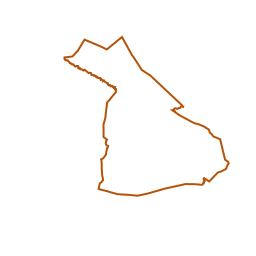 Santa Catarina Tayata, Oaxaca, Mexico, rotated 319°
{"feature_id": "50627088B92542152124342", "entity_name": "Santa Catarina Tayata", "entity_type": "district", "adm_level": 2, "iso_a3": "MEX", "parent_name": "Mexico", "parent_adm1": "Oaxaca", "projection": "albers", "projection_center": [-97.553, 17.341], "detail": "fine", "context": "isolated", "style": "outline", "palette": "amber", "viewbox_px": 256, "rotation_deg": 319, "n_neighbors": 0, "source": "geoboundaries", "source_scale": "gbopen_adm2", "svg_char_len": 3423}
<svg xmlns="http://www.w3.org/2000/svg" viewBox="0 0 256 256"><g transform="rotate(319 128 128)"><path d="M183.2,55.4L163.5,54.8L161.1,49.0L153.2,32.8L151.6,33.3L150.2,33.7L147.0,34.8L143.9,35.8L143.2,36.0L142.6,36.2L140.6,36.8L138.4,37.0L137.5,37.1L136.6,37.2L134.8,37.4L132.9,37.5L130.7,36.0L128.4,34.5L126.7,33.3L126.4,33.1L125.8,33.6L125.6,34.0L125.2,34.7L125.2,35.0L125.5,35.1L125.7,35.4L125.6,35.7L125.7,36.5L125.9,36.6L126.2,36.6L126.5,36.9L126.9,37.5L126.9,37.9L126.7,38.4L126.8,38.9L127.0,39.7L126.9,40.2L126.6,40.8L126.9,41.3L127.3,41.6L127.4,41.8L127.3,42.1L127.3,43.0L128.2,43.6L128.4,44.0L128.2,44.7L128.5,45.3L128.3,46.4L128.7,47.1L128.9,47.0L129.2,47.4L129.9,47.5L130.5,48.1L130.9,48.3L130.9,48.6L130.6,48.9L129.8,50.1L130.0,50.9L130.9,50.9L131.0,51.4L130.4,51.9L130.8,52.6L131.5,53.2L131.8,53.9L131.7,54.7L132.2,55.5L133.1,55.3L133.4,55.5L133.6,56.0L133.6,56.6L133.9,57.7L134.0,58.5L134.0,58.9L134.2,59.7L134.2,60.3L134.3,60.7L134.6,60.7L134.8,61.1L135.8,61.6L136.1,62.1L136.0,62.7L135.6,63.4L135.2,64.0L135.4,64.3L135.7,64.4L136.6,65.4L136.7,65.6L136.6,66.3L137.3,66.3L137.5,67.0L137.4,68.0L137.9,68.0L138.1,68.6L137.8,69.5L138.4,69.6L138.7,70.9L138.6,71.0L139.1,71.5L139.6,71.8L139.9,72.1L139.9,73.0L139.2,73.1L138.9,73.8L139.7,74.2L140.1,74.6L140.3,75.1L139.9,75.7L139.8,76.2L140.6,76.1L141.0,76.3L140.8,76.9L141.0,77.4L141.0,78.4L141.1,78.6L141.2,79.0L141.4,79.8L142.1,80.7L142.2,81.1L141.9,81.3L141.5,81.4L141.3,83.1L141.6,83.5L142.4,83.5L142.6,83.7L142.6,83.9L142.5,85.4L143.2,85.4L143.5,85.5L143.7,86.5L143.5,87.1L144.1,87.5L144.6,87.7L145.1,88.5L143.6,88.9L144.0,89.7L144.5,90.4L144.3,91.0L143.6,91.0L143.7,91.5L143.1,92.1L142.7,92.7L142.4,93.0L136.5,93.9L132.2,94.7L129.1,95.0L126.4,97.4L123.8,99.7L117.4,105.6L115.9,106.6L112.0,109.1L111.0,110.2L108.3,113.4L103.7,118.7L103.6,118.9L104.5,122.9L103.2,123.2L102.6,124.0L101.3,124.7L100.6,126.2L100.5,126.9L101.2,128.5L100.0,129.3L98.8,129.6L95.1,132.5L94.1,133.5L91.8,134.1L91.3,134.2L89.8,134.5L88.9,134.5L87.1,134.0L86.8,134.8L85.4,136.8L81.5,141.5L77.4,146.9L75.6,150.1L75.5,150.4L74.9,151.0L73.5,151.1L72.9,151.5L71.1,151.3L70.2,151.4L69.6,151.8L68.6,152.7L68.1,153.0L65.8,154.8L67.8,157.7L71.1,162.4L72.7,165.1L74.1,167.1L76.1,170.2L76.5,170.8L77.7,172.1L78.8,173.2L84.7,178.9L87.5,182.0L90.4,184.9L90.9,185.4L97.6,189.2L101.9,191.4L104.0,192.3L111.6,195.9L116.2,198.0L126.6,203.7L134.6,208.0L138.0,211.1L140.9,213.6L146.7,219.5L147.4,219.6L149.7,218.3L149.7,218.8L150.2,218.4L151.0,218.4L151.7,216.9L151.6,216.1L152.3,215.7L152.6,215.7L152.8,216.6L154.2,221.6L156.5,221.4L159.0,221.2L165.9,220.6L167.3,220.7L169.4,221.8L174.3,223.0L174.9,223.2L175.3,222.9L176.0,222.9L176.3,222.7L176.9,222.2L178.2,221.7L179.6,221.0L180.7,220.8L181.4,219.2L181.0,217.8L180.5,215.5L190.2,196.9L187.0,190.7L186.9,189.9L187.2,187.9L186.8,185.2L188.0,182.1L187.0,179.3L186.8,178.1L186.0,176.1L183.8,171.6L181.3,168.0L180.7,166.6L179.8,164.3L176.5,155.5L175.6,153.1L175.1,151.4L174.5,149.1L173.2,144.0L174.2,144.8L174.1,144.1L174.3,144.2L174.6,144.1L175.1,144.0L175.3,143.9L175.7,143.8L176.0,143.8L176.4,144.0L176.8,144.3L177.1,144.6L177.3,145.1L177.5,145.6L177.7,145.8L178.0,146.0L178.6,146.1L179.3,146.1L179.8,146.5L180.1,146.7L180.5,146.8L180.8,147.0L181.2,146.9L182.0,146.6L183.2,146.9L183.5,148.0L183.4,148.4L183.7,149.0L183.6,147.5L183.6,145.6L179.3,103.2L176.5,93.3L178.7,78.2L178.8,75.6L183.2,55.4Z" fill="none" stroke="#b45309" stroke-width="2"/></g></svg>